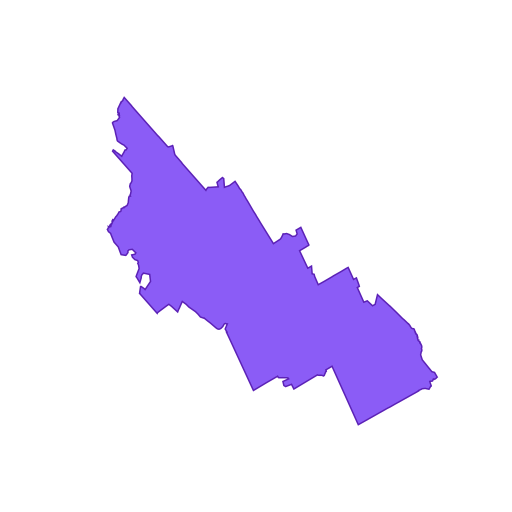 Kalna pag., Jekabpils, Latvia, rotated 251°
{"feature_id": "27541924B87645063138183", "entity_name": "Kalna pag.", "entity_type": "district", "adm_level": 2, "iso_a3": "LVA", "parent_name": "Latvia", "parent_adm1": "Jekabpils", "projection": "robinson", "projection_center": [25.845, 56.324], "detail": "fine", "context": "isolated", "style": "filled", "palette": "violet", "viewbox_px": 512, "rotation_deg": 251, "n_neighbors": 0, "source": "geoboundaries", "source_scale": "gbopen_adm2", "svg_char_len": 5801}
<svg xmlns="http://www.w3.org/2000/svg" viewBox="0 0 512 512"><g transform="rotate(251 256 256)"><path d="M82.5,387.9L87.8,386.9L89.4,384.6L103.7,379.4L109.0,379.5L111.7,381.1L112.3,381.9L113.6,382.3L114.4,382.2L115.2,382.8L115.3,382.8L116.1,383.2L117.4,383.4L118.2,383.3L118.5,383.2L118.8,383.3L119.2,383.1L119.5,383.1L119.8,382.8L120.2,382.9L120.5,382.8L120.7,382.7L120.8,382.6L121.4,382.8L121.4,383.0L121.9,382.8L122.1,382.7L122.6,382.2L123.0,382.0L123.3,382.2L123.3,381.9L123.8,381.8L124.1,382.0L124.6,381.9L124.8,382.0L125.2,381.9L126.1,382.0L126.3,382.1L126.2,382.4L126.4,382.5L126.8,382.3L127.1,382.2L127.2,382.5L127.9,382.4L128.2,382.5L128.4,382.7L128.6,382.7L128.8,382.6L129.1,382.6L129.3,382.3L129.7,382.2L130.0,382.3L130.2,382.1L130.2,381.9L130.3,381.8L130.5,381.9L130.9,382.0L131.3,381.7L131.5,381.7L131.7,381.9L132.0,381.8L132.3,381.9L132.4,381.7L132.6,381.7L133.4,381.8L133.7,381.6L133.9,381.6L134.2,381.7L135.2,381.8L135.9,381.4L136.3,380.5L137.0,379.7L137.5,379.4L139.7,378.9L140.1,378.9L141.8,378.3L141.7,378.2L147.4,375.3L149.2,374.2L156.8,370.5L165.1,366.3L165.1,366.2L175.3,360.7L179.9,358.3L171.5,352.9L171.0,350.0L177.4,346.6L177.2,342.9L193.2,341.5L193.6,343.8L195.3,343.9L202.6,343.8L202.1,340.6L215.2,339.4L214.9,337.5L213.6,331.4L212.0,322.7L211.6,321.2L209.8,312.2L208.6,305.5L217.5,304.8L219.8,305.0L220.9,303.3L228.4,305.2L227.6,301.0L246.8,298.9L248.3,306.4L248.5,306.8L248.9,309.2L249.2,309.6L257.1,308.8L268.5,307.7L267.4,302.3L263.5,302.1L262.0,299.9L262.6,296.8L265.4,294.6L267.3,292.2L267.5,290.5L268.1,288.8L267.2,288.1L265.6,286.5L264.1,284.7L262.0,276.5L286.6,270.9L287.8,270.7L293.9,269.3L294.9,269.2L299.4,268.1L310.1,266.0L314.0,265.1L315.1,265.0L316.6,264.6L320.1,264.1L321.0,263.7L323.6,263.2L325.3,262.4L327.2,262.1L327.5,262.0L328.1,261.9L333.4,260.5L331.3,254.1L331.2,251.9L331.3,250.4L331.2,248.5L339.7,250.7L341.1,249.8L339.8,246.3L338.6,243.8L338.4,243.1L333.7,242.8L335.9,234.7L336.5,233.0L335.1,230.7L334.4,230.0L367.8,216.2L368.3,216.2L377.5,212.5L377.9,212.4L378.8,212.3L387.2,213.2L387.6,213.1L387.5,212.2L387.6,208.9L387.7,208.6L387.9,208.3L388.5,207.9L400.6,202.9L401.4,202.5L401.4,202.4L438.1,187.3L438.5,187.3L448.8,183.0L447.1,181.1L446.3,180.7L445.8,179.3L445.9,179.0L445.4,178.4L445.1,178.4L444.7,178.2L444.6,177.9L444.7,177.7L442.4,175.5L440.0,173.2L439.4,173.1L438.2,172.6L436.6,172.0L436.1,172.2L436.0,173.0L435.9,173.0L435.4,173.1L434.6,172.9L434.4,172.7L434.3,172.4L434.4,172.1L434.8,171.7L434.6,171.5L434.2,171.6L433.7,172.2L433.6,172.6L433.1,172.6L432.9,172.5L432.8,172.1L432.3,172.0L431.5,172.1L429.2,168.8L429.4,165.6L429.0,164.1L428.6,163.6L420.7,163.6L417.0,163.1L412.1,162.7L411.1,162.4L409.8,162.5L407.5,164.1L405.3,165.8L403.8,167.3L401.2,168.5L400.8,168.9L399.7,169.2L398.6,167.6L398.9,166.7L397.1,164.9L394.6,162.0L394.0,161.5L397.2,159.5L400.8,156.8L401.0,157.0L402.8,155.6L401.8,154.5L374.5,165.8L372.2,164.6L369.9,164.0L367.5,163.2L366.2,162.1L365.5,161.2L365.4,160.8L363.1,159.3L362.3,159.2L358.1,159.1L355.4,157.5L354.6,156.7L353.5,156.8L353.7,155.5L352.7,154.7L349.5,153.2L348.0,152.6L345.7,150.5L345.5,149.1L345.1,148.0L345.3,147.2L344.7,147.0L344.8,146.5L344.8,145.0L344.5,144.8L344.5,144.1L344.4,143.7L344.0,143.7L342.5,143.0L342.4,142.6L342.1,142.0L342.2,141.6L342.2,140.7L341.1,139.7L340.3,138.6L339.3,137.3L338.7,136.1L337.4,134.6L336.7,133.5L336.1,133.0L336.5,132.9L337.0,132.4L336.7,132.2L336.2,131.6L335.8,131.7L335.7,131.6L335.9,131.4L335.8,131.2L335.4,131.2L335.2,131.4L334.9,131.4L334.1,130.8L334.0,130.4L333.5,130.2L333.7,129.8L333.3,129.4L333.3,129.1L332.9,129.1L332.6,129.2L332.3,129.1L332.2,129.0L332.2,128.8L332.4,128.7L332.9,128.6L333.0,128.4L332.7,127.9L332.1,127.8L331.6,127.7L331.5,127.8L331.4,128.1L331.1,128.2L331.1,127.9L331.2,127.4L331.7,127.0L331.5,126.8L332.1,126.7L331.3,126.5L331.2,126.4L331.3,126.3L331.7,126.0L330.9,125.9L330.8,125.6L330.1,124.9L329.5,124.1L329.2,124.2L327.1,124.4L324.7,125.9L323.2,125.9L315.3,126.3L309.5,128.7L301.2,128.9L299.0,133.0L299.1,133.4L300.6,135.6L301.2,136.2L302.4,136.4L303.2,138.0L302.6,141.2L298.1,143.4L297.1,142.1L297.5,138.8L295.1,138.8L292.0,140.3L290.2,142.6L288.2,142.7L287.6,141.8L285.7,142.0L282.2,141.4L276.7,136.8L275.5,135.9L274.4,136.3L268.6,137.5L272.9,140.5L273.6,140.6L275.4,142.0L275.8,142.7L275.9,143.2L276.5,143.9L273.2,149.5L266.3,148.0L261.1,141.2L260.4,140.2L261.5,139.7L264.1,137.8L264.7,137.3L264.7,136.9L259.7,134.3L259.0,134.0L258.1,134.1L258.1,133.9L257.7,134.1L233.9,143.9L234.5,144.5L235.5,147.5L238.0,155.3L238.7,157.9L235.8,159.8L228.6,163.7L230.6,165.4L231.8,166.7L233.2,167.9L237.0,171.5L233.0,174.3L231.7,174.9L229.6,175.9L223.2,180.6L220.0,182.2L216.4,183.6L214.0,186.7L214.1,186.8L210.1,189.3L207.4,191.1L201.2,194.7L199.9,195.6L199.2,196.4L198.8,197.3L198.8,197.6L198.9,199.0L199.1,199.5L200.1,201.6L201.8,203.5L202.0,203.8L202.2,204.3L202.2,204.9L202.1,205.2L201.2,206.3L201.1,206.7L197.0,203.1L193.6,203.8L193.6,203.3L188.0,203.9L129.7,209.8L132.8,224.5L135.3,237.3L134.0,237.5L133.7,237.7L133.4,238.1L132.2,241.7L130.7,245.9L130.4,246.3L130.2,246.6L129.2,246.9L128.6,240.6L124.5,240.2L122.9,241.5L123.1,247.8L117.9,248.5L119.2,254.6L123.6,275.4L123.2,275.7L122.5,277.2L122.4,277.8L122.2,278.1L122.1,278.5L121.9,279.1L121.1,280.3L120.9,280.4L120.8,280.8L120.6,280.9L120.8,281.4L121.0,281.6L121.0,281.8L122.6,283.1L123.0,283.7L123.4,283.8L123.9,284.2L124.0,284.6L124.1,284.9L124.2,285.0L125.6,285.0L127.0,292.0L63.2,297.8L69.2,330.4L69.4,331.8L69.6,333.5L70.6,338.6L75.5,365.9L75.9,365.9L76.2,369.2L76.4,369.9L75.7,372.9L73.7,376.2L75.9,378.7L75.9,379.2L76.1,379.4L77.1,379.4L80.8,379.4L80.9,379.8L80.4,381.5L80.4,382.1L80.5,382.4L80.6,382.5L81.5,383.2L81.9,383.6L81.4,384.0L81.3,384.3L81.4,384.5L81.6,384.6L81.4,385.4L81.9,386.7L82.4,387.4L82.5,387.9Z" fill="#8b5cf6" stroke="#5b21b6" stroke-width="1.5"/></g></svg>